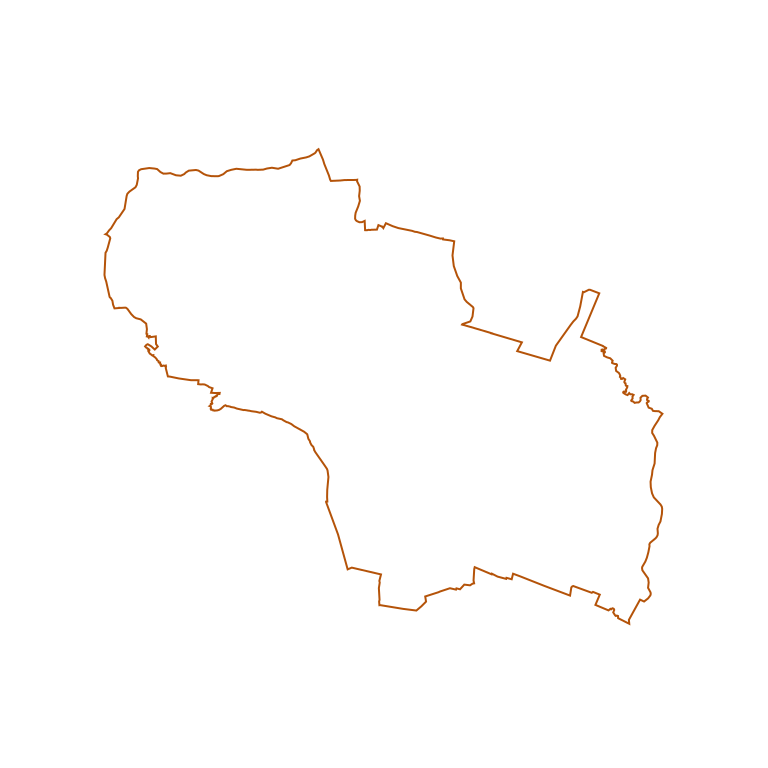 the district of Recas, Timis, Romania, rotated 281°
{"feature_id": "2599482B57862880882591", "entity_name": "Recas", "entity_type": "district", "adm_level": 2, "iso_a3": "ROU", "parent_name": "Romania", "parent_adm1": "Timis", "projection": "albers", "projection_center": [21.537, 45.827], "detail": "fine", "context": "isolated", "style": "outline", "palette": "amber", "viewbox_px": 768, "rotation_deg": 281, "n_neighbors": 0, "source": "geoboundaries", "source_scale": "gbopen_adm2", "svg_char_len": 6144}
<svg xmlns="http://www.w3.org/2000/svg" viewBox="0 0 768 768"><g transform="rotate(281 384 384)"><path d="M350.7,664.0L357.6,664.8L368.0,663.3L372.9,663.3L376.0,663.9L378.6,663.5L384.8,658.8L387.1,656.6L390.0,656.1L394.6,657.6L400.7,660.1L404.1,661.1L407.9,663.0L409.7,658.9L409.0,654.5L409.0,653.1L410.8,651.6L411.3,648.3L415.4,645.5L415.8,645.6L417.3,647.2L418.0,647.0L418.2,645.7L418.6,645.2L419.5,645.1L421.1,645.7L422.5,643.0L421.7,639.9L419.5,638.4L417.2,639.0L415.9,638.6L414.5,637.5L414.0,635.3L413.3,633.6L414.3,632.1L414.4,630.6L414.6,630.0L415.0,629.8L417.2,630.8L419.1,630.3L420.9,631.1L421.3,629.6L420.9,627.7L421.9,626.4L419.6,625.2L419.9,623.3L420.9,620.7L421.3,620.4L422.0,620.5L422.5,621.1L422.3,622.5L422.5,623.0L423.4,623.1L424.4,622.6L427.2,623.4L428.4,623.3L428.4,622.1L428.7,621.6L430.7,621.0L430.8,620.4L431.8,619.5L434.6,619.9L435.5,617.6L434.5,616.9L434.2,615.8L435.6,615.0L436.0,614.2L437.3,614.3L439.0,613.1L439.7,612.4L441.1,609.4L444.1,608.3L446.4,609.2L447.4,609.0L447.9,608.4L447.7,606.5L448.1,604.0L448.7,603.7L450.5,604.0L452.4,601.2L452.7,598.0L453.6,594.6L455.8,593.8L457.3,594.8L457.9,594.6L457.5,593.2L457.8,591.3L459.2,591.1L459.6,592.0L459.5,593.5L460.9,594.3L461.3,595.2L461.8,595.2L462.9,591.8L463.1,591.7L467.7,568.5L514.1,578.0L515.8,568.3L515.6,567.1L512.3,562.8L512.4,561.7L497.7,561.8L487.3,561.1L484.7,560.0L481.5,557.9L477.5,555.9L454.4,545.4L438.6,542.5L438.7,541.5L441.7,508.5L451.2,511.4L454.1,481.3L454.2,479.9L454.4,480.0L456.5,458.1L457.2,449.3L457.7,449.5L461.9,456.8L467.1,458.0L475.5,457.4L476.5,456.6L480.4,449.5L482.5,446.9L492.5,441.2L498.2,440.1L504.0,435.3L513.1,430.0L523.3,426.7L537.5,425.7L537.6,421.0L537.2,414.7L537.2,414.3L538.1,414.1L537.5,411.6L537.7,406.9L538.4,400.6L539.5,387.3L539.3,385.3L539.7,382.4L539.8,368.3L540.6,362.3L542.2,355.2L536.9,353.6L538.1,352.4L537.9,352.1L538.2,351.6L538.9,348.2L534.2,347.6L533.0,342.2L532.5,341.0L532.4,339.4L531.8,338.2L531.4,336.1L540.4,333.9L538.7,331.6L538.1,329.0L538.7,326.4L539.3,325.2L540.7,324.1L543.8,323.6L546.7,323.5L553.4,324.8L559.2,325.4L563.7,323.7L569.1,323.3L573.2,322.4L577.8,318.9L579.4,318.7L579.0,317.8L576.7,306.5L575.4,302.2L573.2,293.1L574.4,292.1L578.1,290.2L588.6,283.4L592.6,281.3L602.0,274.9L600.8,273.7L597.9,272.5L597.2,271.9L593.2,267.3L591.6,264.4L589.3,258.8L586.7,254.2L585.9,251.4L582.9,250.6L580.9,249.5L575.1,239.0L574.9,232.7L573.2,228.0L571.4,224.5L570.1,219.0L570.0,217.6L568.1,208.7L567.1,198.0L565.1,193.2L562.9,189.1L559.3,186.2L556.7,182.4L556.3,181.4L555.1,174.9L555.1,170.1L555.7,167.1L558.1,161.2L558.2,158.6L556.2,151.7L553.9,149.2L551.9,147.8L549.7,144.8L549.2,140.0L550.2,134.0L549.1,130.5L548.4,127.3L549.4,124.1L551.7,120.3L551.7,117.7L551.2,112.3L550.7,110.9L548.5,104.6L547.0,102.7L545.3,102.0L540.9,102.7L539.0,103.3L532.3,103.3L529.7,102.5L524.3,97.4L521.8,95.8L519.5,95.5L506.3,95.9L497.0,91.9L494.8,90.1L484.8,86.4L482.5,84.9L478.9,83.2L477.9,82.1L477.7,83.6L476.0,86.8L474.8,87.5L465.2,86.8L461.9,86.4L459.7,85.6L437.7,88.8L434.7,90.0L431.5,91.8L417.2,98.0L416.7,98.4L416.3,99.3L413.9,101.5L410.2,102.9L406.8,105.0L408.1,109.6L408.3,109.6L408.5,111.2L409.6,115.5L409.6,116.2L408.8,117.8L404.4,122.5L402.1,125.8L401.3,128.1L401.0,132.9L397.9,139.0L392.6,140.8L388.0,141.2L387.8,142.1L385.5,142.1L385.6,143.0L384.6,144.2L386.3,144.4L386.4,145.1L385.5,146.0L387.2,150.9L379.7,152.6L377.6,154.8L374.1,152.4L376.5,148.5L377.9,144.8L377.9,144.3L376.9,143.2L375.3,142.3L374.3,143.7L374.3,144.3L373.6,145.0L373.6,145.7L372.0,146.2L372.7,147.1L372.2,147.3L371.1,146.6L369.1,148.3L369.0,148.9L367.9,150.8L368.3,152.0L367.5,152.0L366.4,154.4L364.8,156.4L364.1,156.7L363.4,158.4L362.2,158.7L362.0,159.3L362.3,160.1L361.6,160.2L360.6,161.3L360.2,160.9L359.1,161.8L359.3,162.8L360.1,164.3L359.9,165.2L360.5,166.3L359.2,166.8L358.3,166.6L350.2,170.4L350.4,172.3L350.3,181.5L350.9,193.8L352.3,201.2L348.4,201.6L348.6,204.2L349.1,206.2L349.3,208.1L348.4,211.5L347.6,212.9L347.1,216.5L342.4,215.9L342.9,219.9L343.9,224.4L342.8,224.4L342.7,223.2L341.4,222.3L340.4,222.2L340.1,221.7L340.2,221.4L339.4,221.1L339.1,220.0L337.3,219.1L337.5,218.5L336.3,218.7L333.9,218.1L332.1,219.2L331.5,218.8L331.4,217.8L329.8,217.8L329.1,217.1L328.9,218.3L327.2,218.8L326.5,218.6L325.7,219.3L326.1,220.7L325.4,221.4L325.7,222.3L325.5,223.0L325.8,223.5L326.1,225.0L327.1,227.0L328.4,228.5L332.1,231.3L332.9,232.5L332.2,234.0L332.5,235.0L332.4,237.6L332.2,238.0L332.3,241.5L331.8,244.1L331.6,251.0L331.9,252.3L332.0,255.1L331.9,255.8L332.1,256.3L332.0,259.1L332.3,263.8L332.1,267.6L332.6,268.8L333.5,269.4L332.2,273.2L330.8,279.7L330.5,283.6L330.0,285.4L329.9,290.5L329.2,292.0L328.0,295.7L328.0,296.9L327.0,300.7L325.4,303.9L321.9,314.7L320.2,317.9L319.9,318.3L315.8,320.2L313.6,322.3L312.6,322.6L310.2,324.5L308.9,326.5L306.5,327.9L306.0,327.9L304.0,329.6L292.5,341.5L289.8,344.2L288.3,345.1L282.1,347.2L269.2,348.5L262.2,349.7L257.8,350.8L257.5,349.6L257.2,349.6L227.5,367.6L195.1,383.7L197.6,387.4L196.5,417.4L189.8,417.0L188.3,417.7L182.7,417.9L171.3,420.8L169.6,420.7L166.0,421.7L166.2,422.2L166.9,445.7L167.8,459.0L172.9,463.1L178.4,466.8L183.3,465.0L190.0,477.2L191.0,478.6L196.1,487.7L195.9,493.9L197.2,494.1L197.0,497.8L202.4,501.1L202.8,506.9L204.9,509.0L205.5,510.5L208.2,509.4L219.5,507.9L221.5,508.0L217.7,526.0L218.4,526.1L216.6,532.2L216.0,541.1L217.1,541.2L216.7,546.6L222.4,546.9L221.2,554.2L216.4,580.0L211.8,607.0L220.1,606.7L221.3,607.5L221.8,608.3L218.7,627.8L219.8,628.8L218.4,636.0L207.5,633.7L204.6,647.6L206.2,648.9L206.1,649.6L206.6,649.7L206.5,650.3L207.4,651.0L207.3,652.1L206.8,652.8L206.1,653.1L203.5,652.6L200.9,655.1L200.5,655.9L201.1,656.7L200.9,658.0L198.8,658.5L195.4,670.5L199.2,669.4L221.2,676.5L220.1,680.8L223.9,684.1L227.3,685.8L228.8,685.9L230.3,685.4L234.3,682.1L239.6,681.7L243.6,680.3L250.4,673.2L252.6,672.4L253.8,672.4L259.5,674.4L263.7,675.2L269.3,675.6L275.4,675.6L277.2,675.1L278.2,675.3L279.1,675.7L284.5,680.1L286.0,680.9L287.8,681.4L289.7,681.3L294.1,680.1L298.1,680.5L301.8,681.6L309.4,681.6L314.5,680.9L316.6,680.1L318.4,678.5L324.2,670.5L327.8,668.0L333.6,665.6L339.0,664.3L346.1,664.4L350.7,664.0Z" fill="none" stroke="#b45309" stroke-width="2"/></g></svg>